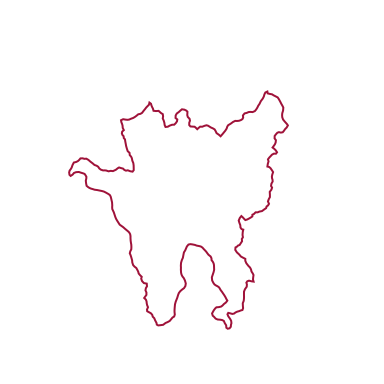 Capelinha, Minas Gerais, Brazil (Albers equal-area conic projection), rotated 217°
{"feature_id": "56859067B52370069341142", "entity_name": "Capelinha", "entity_type": "district", "adm_level": 2, "iso_a3": "BRA", "parent_name": "Brazil", "parent_adm1": "Minas Gerais", "projection": "albers", "projection_center": [-42.499, -17.703], "detail": "fine", "context": "isolated", "style": "outline", "palette": "rose", "viewbox_px": 384, "rotation_deg": 217, "n_neighbors": 0, "source": "geoboundaries", "source_scale": "gbopen_adm2", "svg_char_len": 6062}
<svg xmlns="http://www.w3.org/2000/svg" viewBox="0 0 384 384"><g transform="rotate(217 192 192)"><path d="M279.8,237.8L278.9,235.8L279.2,233.6L279.4,231.9L279.4,230.0L279.5,227.6L279.5,225.2L280.2,223.4L281.7,221.7L282.2,219.5L282.7,217.8L283.5,215.8L284.8,213.8L285.8,212.0L287.0,210.8L288.5,209.9L290.8,208.7L291.9,206.6L290.5,205.3L288.7,204.2L287.4,203.2L285.9,201.5L283.7,200.4L284.1,198.2L283.3,196.6L281.9,195.7L280.2,195.4L278.9,194.0L277.2,193.7L275.7,192.2L273.7,190.4L272.3,189.1L270.2,187.5L267.9,185.9L265.5,185.7L263.9,184.0L261.9,183.6L260.4,182.8L258.5,181.1L256.3,179.8L254.6,178.1L253.1,176.2L251.7,174.4L251.7,172.5L253.8,171.4L256.3,170.7L257.6,169.3L259.3,168.9L261.1,169.2L263.3,168.3L265.0,167.7L265.6,166.3L266.2,163.9L267.7,161.1L269.6,160.0L271.1,158.3L273.5,157.5L274.8,156.7L276.1,155.7L278.2,155.0L280.2,155.0L282.1,155.7L283.9,155.6L286.2,154.9L288.7,155.1L291.3,155.1L294.1,155.3L296.5,155.0L297.9,153.7L299.6,153.1L301.3,151.7L301.4,149.7L301.7,148.1L302.5,146.4L304.1,144.4L303.6,141.5L302.8,139.1L302.6,137.3L302.6,135.4L301.9,133.7L300.2,132.0L298.6,131.8L297.8,134.0L297.7,136.2L296.5,138.1L294.4,139.9L292.3,140.6L290.4,141.3L288.7,141.8L287.1,141.3L285.5,140.6L284.5,139.1L283.6,137.1L281.8,135.2L279.9,133.5L278.1,133.4L276.5,133.5L274.8,133.9L272.7,134.7L271.2,135.2L268.9,136.5L266.8,137.5L264.7,138.5L262.7,139.3L260.5,139.7L257.4,140.1L255.7,140.1L254.2,139.4L252.8,138.3L251.5,137.2L249.6,135.6L247.7,133.4L246.6,131.8L245.4,130.4L242.2,128.7L238.2,125.9L236.5,124.9L234.4,124.0L230.1,122.4L225.7,122.5L223.4,122.3L219.3,122.1L217.8,121.9L216.0,121.1L214.6,119.8L213.4,118.2L211.7,116.2L210.1,114.6L208.8,113.4L207.3,111.6L206.0,109.7L205.6,107.5L204.8,105.6L203.2,104.7L201.6,103.6L198.7,101.4L197.3,99.8L195.0,98.2L192.9,97.8L190.8,97.8L189.0,97.0L187.0,96.0L185.5,94.8L183.3,94.3L181.1,94.0L180.4,92.2L178.3,90.8L175.6,90.3L173.0,91.6L171.2,89.6L171.0,87.5L170.0,85.5L167.9,84.3L166.5,82.4L166.4,78.6L164.1,78.3L162.5,77.3L161.1,75.8L159.7,74.6L157.8,73.5L157.2,71.0L156.0,69.8L151.9,70.4L149.9,70.0L148.3,68.8L146.2,68.5L144.2,67.3L141.6,66.1L140.3,64.9L138.7,65.1L137.2,66.5L135.1,68.6L134.3,71.5L133.2,73.4L132.2,75.6L132.0,80.1L131.3,81.8L132.0,83.8L133.7,85.6L134.7,86.9L135.9,88.7L136.9,90.3L138.0,92.1L139.0,94.6L140.1,98.6L141.1,101.3L141.7,103.4L141.7,105.7L141.2,108.1L140.5,110.4L140.7,112.9L141.9,115.2L144.4,117.1L146.8,118.3L148.8,118.8L150.6,119.7L152.1,120.9L153.3,122.3L154.3,123.5L155.2,124.8L156.6,126.5L158.1,128.8L159.1,131.4L159.7,134.0L160.8,136.2L162.1,138.9L162.3,141.3L163.3,145.4L163.2,147.9L161.9,149.4L160.3,150.3L157.8,151.5L156.0,152.0L153.8,153.1L152.1,153.8L150.2,153.9L148.3,153.5L146.4,153.2L144.8,152.9L143.2,152.4L141.1,151.8L138.3,151.7L136.6,150.8L135.3,149.3L133.6,148.9L131.8,148.0L130.5,146.9L127.5,143.2L126.5,140.9L124.8,135.8L122.7,133.5L120.3,132.3L118.4,131.7L116.4,131.8L114.8,132.1L112.9,132.1L109.8,130.8L108.2,130.4L106.5,129.8L104.1,129.0L101.9,128.1L100.1,127.2L98.4,126.5L98.4,124.2L99.1,121.7L99.3,119.7L99.8,118.0L101.3,116.2L103.1,114.6L103.4,113.0L103.4,110.6L102.9,107.1L101.0,105.7L99.4,105.6L96.9,105.1L94.8,105.6L92.6,107.0L90.8,107.9L89.0,108.2L86.9,107.0L84.5,106.1L82.9,104.3L81.2,104.3L80.0,105.7L79.9,107.7L80.9,109.3L81.6,111.0L83.1,112.6L84.7,113.4L86.4,114.0L88.3,114.6L90.1,115.7L90.3,117.3L88.5,118.1L86.4,118.9L85.2,120.3L84.8,121.9L83.9,123.6L82.6,125.3L81.8,126.7L80.7,128.1L81.3,130.0L82.6,131.4L84.5,133.7L85.2,136.2L86.2,137.9L87.3,139.5L88.4,140.9L90.5,143.7L91.2,146.2L91.3,149.3L92.5,151.2L94.0,152.3L94.1,154.0L93.1,155.5L90.7,156.5L88.9,157.5L90.7,158.9L91.8,160.7L92.9,162.7L94.4,163.5L96.6,164.3L98.3,165.7L100.2,166.6L102.4,166.9L105.7,167.8L108.0,169.1L109.2,170.7L111.4,170.3L114.1,169.9L116.7,170.5L119.8,170.8L122.6,171.8L123.9,173.9L123.2,175.4L123.0,177.0L122.1,178.3L122.4,182.8L123.9,184.4L124.1,186.5L125.8,188.1L127.4,190.6L128.4,192.8L130.0,192.2L131.9,192.8L133.5,194.6L135.6,195.9L137.5,197.3L138.2,200.1L138.1,202.5L136.0,202.3L134.1,201.9L132.5,201.7L131.4,203.2L130.5,205.1L129.7,207.0L129.1,208.8L130.1,210.2L129.3,211.7L129.0,214.0L127.3,215.3L126.4,216.9L124.6,218.9L123.8,221.7L123.1,223.7L123.7,225.3L123.2,227.1L123.4,228.9L125.7,230.2L126.4,232.6L126.7,234.8L128.3,236.9L130.0,238.9L130.0,241.7L130.7,243.7L132.5,244.4L133.6,246.5L133.9,248.9L135.0,250.2L136.4,251.2L137.5,252.4L138.4,254.3L139.2,256.7L141.3,257.5L143.7,258.3L145.4,258.4L147.1,257.7L148.4,260.1L149.3,262.5L151.0,263.8L151.0,266.1L150.8,267.7L150.6,269.9L149.7,271.9L148.0,273.1L148.0,274.9L150.3,275.7L152.5,276.0L154.4,276.0L154.5,280.0L155.0,281.9L156.2,283.9L158.3,284.5L159.7,286.5L159.7,288.5L159.5,290.7L158.6,292.1L156.8,292.9L155.5,294.3L155.4,296.3L155.5,298.2L155.2,300.5L155.5,302.9L157.0,303.4L158.5,303.7L160.5,304.1L162.9,304.7L164.9,306.0L166.3,307.6L167.3,309.2L168.3,311.9L169.9,314.4L171.7,315.3L173.8,316.2L175.8,317.2L178.7,318.5L180.5,319.1L183.4,318.6L185.1,318.3L186.8,318.2L188.8,317.2L190.9,316.3L192.3,317.6L193.3,315.6L192.9,313.5L192.1,311.5L191.7,309.2L191.7,305.9L191.1,303.0L191.0,300.6L190.6,298.8L190.4,296.5L190.5,294.4L191.7,292.3L193.6,291.1L194.9,289.9L195.9,288.1L197.3,286.4L197.4,283.8L195.9,282.2L195.6,280.5L196.2,278.9L197.3,277.2L198.8,275.8L200.3,274.8L201.4,272.6L202.1,270.2L202.7,268.6L203.3,267.2L203.2,265.5L202.5,263.5L202.3,260.9L202.5,256.3L202.7,253.7L204.8,253.9L207.8,253.8L209.9,254.9L211.6,255.6L213.6,255.4L215.7,254.9L219.1,254.6L220.6,254.0L221.9,252.3L223.1,250.3L224.8,249.1L225.3,247.1L225.6,245.3L227.6,245.6L229.2,245.7L231.0,244.5L232.7,243.4L234.5,243.8L235.9,245.7L236.5,247.7L238.0,249.0L240.5,249.4L242.1,250.6L243.0,252.0L244.0,253.4L245.5,253.6L247.6,253.2L249.8,252.0L250.3,249.9L250.7,247.8L251.4,245.5L251.1,243.3L249.7,241.2L247.4,241.1L246.5,239.4L246.4,237.3L246.7,235.1L248.4,233.7L249.8,231.5L250.6,229.6L252.3,228.0L254.1,229.0L255.8,230.7L257.7,232.1L259.6,233.1L260.6,235.0L262.2,236.6L264.2,236.4L267.5,236.7L269.4,235.0L271.6,233.7L273.4,235.1L274.9,235.8L276.3,236.6L277.9,237.8L279.8,237.8Z" fill="none" stroke="#9f1239" stroke-width="2"/></g></svg>